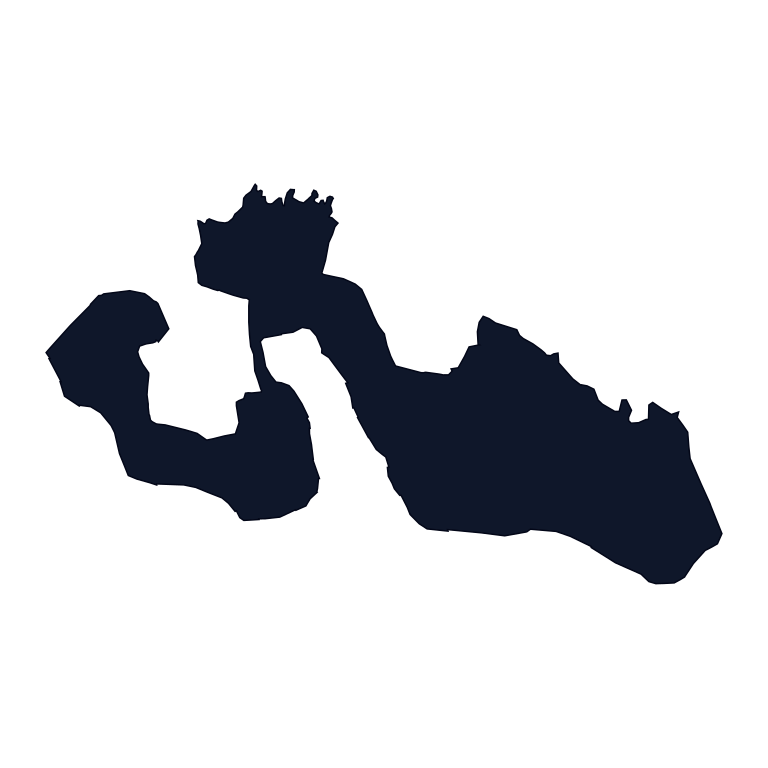 Dowein, Bomi, Liberia, rotated 180°
{"feature_id": "62588387B7448810269647", "entity_name": "Dowein", "entity_type": "district", "adm_level": 2, "iso_a3": "LBR", "parent_name": "Liberia", "parent_adm1": "Bomi", "projection": "natural_earth1", "projection_center": [-10.878, 6.566], "detail": "fine", "context": "isolated", "style": "filled", "palette": "ink", "viewbox_px": 768, "rotation_deg": 180, "n_neighbors": 0, "source": "geoboundaries", "source_scale": "gbopen_adm2", "svg_char_len": 5845}
<svg xmlns="http://www.w3.org/2000/svg" viewBox="0 0 768 768"><g transform="rotate(180 384 384)"><path d="M688.2,361.6L688.9,362.8L677.3,361.3L667.3,355.2L656.9,342.5L654.5,337.7L653.3,335.2L648.5,314.4L643.8,302.8L639.9,293.0L639.7,292.5L631.0,288.9L618.2,285.3L611.3,283.0L611.3,284.1L584.2,283.1L572.2,280.6L560.3,275.7L546.0,270.1L539.5,264.7L532.9,256.6L531.6,257.2L528.2,250.4L524.2,247.6L518.8,247.9L510.5,248.4L509.0,248.5L509.2,249.2L502.8,249.3L488.2,250.9L472.6,258.2L472.2,257.7L462.1,262.1L460.5,264.9L457.9,269.2L450.8,275.8L451.2,276.2L450.5,279.3L449.5,289.4L448.6,289.5L455.3,308.6L454.7,308.6L456.2,320.6L456.5,323.3L458.5,334.2L458.6,339.7L457.9,339.7L458.6,345.4L461.1,349.8L459.8,351.1L466.1,364.2L474.1,376.9L479.0,382.4L486.6,385.2L492.0,385.9L497.2,392.4L502.4,401.4L505.0,415.6L507.7,426.4L504.4,430.2L486.6,433.4L486.6,434.2L475.0,435.8L465.8,440.6L457.8,439.2L451.5,432.0L447.6,422.7L446.1,419.2L446.3,415.2L444.4,413.9L439.1,410.5L434.3,404.0L426.5,393.5L422.8,388.6L420.1,385.3L422.3,384.7L416.9,371.2L415.2,360.0L414.1,360.1L411.0,353.4L409.8,351.0L410.5,350.5L409.9,349.4L408.3,346.4L406.4,343.0L399.5,330.3L399.0,330.4L391.7,318.5L385.6,313.5L382.2,311.0L379.1,300.9L380.6,300.6L379.7,291.8L375.9,284.8L373.6,279.2L368.2,272.6L366.9,272.7L360.7,260.6L357.9,253.5L348.7,244.2L340.9,239.1L320.0,236.9L320.5,238.4L319.3,238.3L286.8,235.2L263.3,232.2L242.6,235.9L241.2,236.2L237.6,238.8L211.9,236.6L197.8,231.7L176.5,221.4L176.8,220.5L152.5,205.2L127.0,193.9L119.1,186.4L112.0,184.3L111.3,184.4L103.9,184.6L93.8,185.1L87.7,188.4L83.4,191.0L83.1,191.6L77.5,200.1L74.6,204.5L62.8,217.6L60.2,218.9L56.2,221.0L50.6,224.2L47.1,232.1L46.1,234.4L47.2,237.1L52.6,250.5L56.5,260.3L56.7,260.7L58.1,264.6L67.1,284.5L77.9,309.4L79.2,321.3L79.8,329.3L80.3,335.8L85.2,342.9L90.8,350.5L89.4,356.0L96.7,353.5L106.8,359.7L115.3,365.6L119.1,363.0L119.5,348.7L122.0,348.5L129.3,345.3L136.9,344.8L139.4,347.4L139.4,350.7L136.5,357.7L141.7,368.1L146.0,368.0L148.8,356.6L153.3,356.6L165.6,363.8L169.9,367.9L174.1,378.8L180.9,382.1L186.7,383.2L187.0,382.7L195.2,389.1L209.3,405.1L210.0,414.9L214.3,414.1L217.4,412.3L221.6,412.8L223.4,415.1L227.0,418.2L235.1,424.1L244.8,429.5L248.5,432.6L251.2,438.3L272.5,445.0L279.0,449.4L284.8,451.7L288.8,445.7L290.6,436.3L289.9,423.6L288.8,423.1L298.9,421.1L302.7,413.1L303.4,411.6L309.8,400.2L316.9,399.1L316.3,397.8L315.9,396.8L319.5,393.1L324.1,393.1L324.6,393.0L326.7,393.5L328.9,393.9L332.5,394.4L342.3,395.7L343.6,395.5L345.1,395.1L345.6,395.3L346.9,395.3L350.6,396.3L369.3,401.2L371.6,401.8L372.5,402.1L375.7,408.4L377.4,412.0L379.1,416.9L381.1,422.6L383.3,432.3L383.6,434.0L385.4,436.3L388.6,440.6L390.2,443.2L391.0,444.6L392.9,448.6L393.4,449.7L394.8,452.6L396.0,455.6L399.2,462.9L401.0,467.1L406.3,478.6L406.7,478.9L412.8,483.9L424.5,489.2L427.2,489.8L435.4,491.5L443.2,493.2L444.6,493.5L446.2,494.8L446.0,495.6L442.5,507.8L439.4,524.7L439.2,525.6L435.7,533.3L435.5,533.8L433.1,541.2L430.0,544.9L430.8,545.6L433.2,547.6L435.9,550.1L436.8,550.4L438.9,551.0L438.5,552.6L436.9,554.5L436.0,556.1L436.6,559.5L437.6,562.3L436.9,564.7L435.5,568.5L434.7,569.5L435.1,570.1L435.5,570.9L437.6,571.5L438.0,571.7L440.0,570.7L440.7,570.3L441.3,567.1L442.0,565.5L442.7,564.5L443.3,564.1L444.5,566.4L444.9,567.7L446.9,567.5L447.8,565.9L448.6,564.5L449.0,564.1L452.0,565.4L453.5,566.6L453.9,566.8L453.3,569.2L452.8,569.8L450.4,570.9L450.1,573.1L451.8,576.7L454.2,577.8L454.8,576.7L456.0,574.6L456.1,572.4L459.1,569.7L459.6,569.1L461.4,567.6L464.2,565.2L464.7,565.1L466.0,565.5L469.0,566.3L472.1,568.2L472.9,568.6L475.5,570.2L475.2,572.8L473.8,576.0L473.7,578.3L474.2,578.3L477.6,578.6L479.1,576.9L480.7,575.2L482.7,569.0L483.3,565.4L483.5,564.0L483.6,562.3L485.0,562.5L486.2,566.4L486.6,569.6L488.9,570.0L492.5,567.2L495.6,564.4L497.8,564.0L500.6,564.4L502.4,566.7L502.5,567.7L502.8,570.4L503.0,571.3L506.5,571.3L506.1,574.3L505.9,576.8L507.3,577.7L510.1,576.5L511.5,577.7L511.3,582.0L512.8,583.7L513.6,582.6L517.0,576.5L522.0,572.8L524.3,569.8L524.5,567.5L524.7,565.2L524.9,562.7L525.1,562.0L525.3,560.9L529.5,556.8L530.1,556.2L533.0,553.9L535.2,549.6L539.5,546.0L540.2,545.7L540.8,545.6L543.0,545.0L548.9,545.7L550.5,546.0L556.6,548.2L558.8,549.1L561.0,547.8L562.3,544.8L562.9,544.4L564.1,544.3L566.9,546.2L567.9,546.8L569.5,547.2L570.1,547.3L569.9,546.7L570.0,544.0L568.8,539.5L567.4,532.6L566.6,527.1L566.2,524.4L569.6,517.5L570.7,515.9L572.0,513.4L573.5,511.4L572.5,502.5L571.6,498.7L571.4,497.9L570.3,492.9L569.7,485.4L567.5,483.7L566.2,482.7L561.0,481.2L554.7,478.8L550.2,477.5L548.6,477.9L547.7,477.3L538.6,474.1L534.7,472.8L525.0,470.1L524.4,470.0L521.2,469.8L519.2,468.5L518.7,468.2L519.2,462.0L519.2,450.7L519.2,446.6L519.2,446.0L518.5,433.5L517.3,421.4L516.6,419.8L515.4,416.5L514.3,413.7L513.9,407.5L513.2,397.1L509.9,387.6L507.5,379.9L507.0,378.5L506.4,377.5L507.0,375.9L511.0,375.5L516.2,375.0L517.9,375.1L519.8,375.2L522.5,374.8L522.9,373.6L523.1,372.8L523.3,372.0L524.3,369.3L529.0,367.4L531.6,365.8L531.6,362.2L528.9,345.3L529.2,344.3L531.3,338.1L531.7,336.9L532.6,334.1L533.3,334.0L543.8,332.0L554.9,329.2L559.9,328.2L561.3,327.9L563.5,329.4L570.9,334.6L572.9,335.2L577.1,336.5L582.6,338.1L594.3,341.0L602.8,343.1L609.9,343.8L611.8,344.1L612.7,344.6L615.1,345.9L616.1,346.5L617.5,347.9L617.9,349.7L618.5,352.7L619.0,353.5L619.8,360.7L619.8,364.0L621.0,373.2L620.4,381.5L619.3,392.3L619.3,395.0L622.4,399.5L625.5,403.9L629.0,411.2L630.4,416.2L628.4,421.9L622.3,424.0L620.9,424.3L615.2,425.2L612.2,426.4L611.9,427.9L610.2,427.1L609.6,426.1L599.2,439.2L610.1,464.5L611.8,466.1L614.5,467.2L618.8,471.0L623.4,474.3L635.3,476.7L637.8,477.2L638.3,477.3L664.3,474.1L666.5,472.6L669.3,472.4L677.6,463.6L677.6,462.8L697.1,443.1L698.6,441.5L718.0,419.9L721.9,415.4L717.9,409.5L719.0,409.3L706.9,386.3L707.9,386.3L703.5,371.8L688.2,361.6Z" fill="#0f172a" stroke="#020617" stroke-width="1.5"/></g></svg>